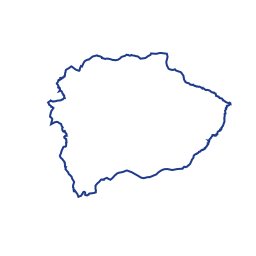 Vurpar, Sibiu, Romania (Mercator projection), rotated 117°
{"feature_id": "2599482B26098957390295", "entity_name": "Vurpar", "entity_type": "district", "adm_level": 2, "iso_a3": "ROU", "parent_name": "Romania", "parent_adm1": "Sibiu", "projection": "mercator", "projection_center": [24.329, 45.907], "detail": "fine", "context": "isolated", "style": "outline", "palette": "blue", "viewbox_px": 256, "rotation_deg": 117, "n_neighbors": 0, "source": "geoboundaries", "source_scale": "gbopen_adm2", "svg_char_len": 5730}
<svg xmlns="http://www.w3.org/2000/svg" viewBox="0 0 256 256"><g transform="rotate(117 128 128)"><path d="M159.6,198.3L156.4,196.1L154.8,194.2L154.6,193.1L154.9,191.1L154.8,189.5L156.5,187.8L157.2,186.4L158.1,186.5L159.5,185.7L160.3,184.6L160.6,183.9L160.5,183.7L159.5,183.4L159.3,183.1L159.8,182.4L160.6,181.8L160.7,181.2L161.3,180.0L162.3,179.4L162.9,179.9L163.0,179.5L163.3,179.9L164.9,180.8L165.5,180.4L165.9,179.1L165.8,178.5L165.9,178.0L166.8,177.7L167.4,176.9L169.2,176.5L169.2,176.2L169.7,176.3L170.4,175.7L172.3,175.0L173.1,175.3L173.5,176.3L174.2,176.9L175.2,177.0L175.8,176.8L176.6,176.9L179.9,176.6L180.5,176.3L182.0,176.2L183.8,176.1L184.6,175.1L185.1,174.3L185.5,172.4L186.3,171.0L186.8,169.6L187.3,169.2L187.3,168.8L187.7,168.5L188.6,168.2L188.8,167.6L190.9,166.7L190.9,166.1L191.2,166.3L191.7,165.8L191.7,165.4L193.1,165.0L194.8,160.9L195.7,160.2L196.1,159.5L196.2,158.1L196.6,157.6L196.8,156.4L198.6,154.6L200.3,151.8L200.7,151.4L204.0,150.9L205.4,150.3L205.7,150.1L206.1,149.3L207.2,148.9L207.6,148.0L207.9,148.1L208.6,147.9L209.0,147.5L209.0,147.2L208.8,146.9L208.0,146.7L209.7,143.4L210.9,141.9L211.8,141.0L209.7,139.0L207.8,138.9L207.6,138.6L207.2,138.5L206.4,138.8L205.7,138.8L205.0,138.5L204.8,138.2L204.7,137.6L204.9,137.0L206.0,136.2L206.6,136.1L207.1,135.7L206.8,134.2L206.5,133.7L205.6,133.3L205.3,132.8L204.3,132.9L203.9,132.6L203.3,131.9L203.1,131.2L202.1,129.9L201.1,128.5L200.0,127.5L199.5,127.9L198.9,127.9L197.9,128.4L197.7,128.8L196.5,129.6L194.0,130.8L191.1,130.1L189.3,129.3L186.1,128.5L185.6,127.7L185.7,127.2L185.2,126.7L185.1,126.0L184.5,126.1L184.1,125.9L182.0,124.2L182.2,122.6L182.1,120.2L179.6,119.1L175.8,118.1L174.8,117.5L173.9,117.4L172.0,115.8L169.6,112.7L166.7,110.1L166.3,109.6L165.9,105.9L165.7,105.1L166.0,97.4L166.3,94.2L166.0,92.6L165.6,91.3L163.1,88.4L162.4,87.4L162.0,86.4L156.5,81.7L153.7,80.8L151.2,79.4L149.5,78.2L147.9,76.5L146.6,74.0L145.3,69.4L142.3,65.6L140.1,62.0L139.6,61.0L139.3,60.8L138.2,60.8L137.1,60.4L136.8,59.9L136.9,59.1L135.3,57.6L134.4,57.6L133.8,57.0L133.1,56.9L132.1,56.4L127.9,56.5L127.6,56.7L124.7,56.2L123.2,56.8L122.0,56.7L120.5,55.8L120.3,55.4L120.0,55.1L119.7,55.2L119.1,54.9L118.4,54.2L117.1,54.0L116.9,53.6L116.3,53.2L116.2,53.0L115.6,53.0L114.3,52.4L114.3,52.2L113.7,52.0L113.6,51.4L113.2,51.3L113.2,51.1L111.9,50.2L111.3,50.5L111.0,50.1L110.7,50.4L109.5,49.8L109.1,49.8L108.7,49.5L107.7,49.6L106.6,49.3L106.3,49.6L105.7,49.3L105.3,49.9L105.0,49.5L103.9,49.6L103.6,49.9L103.3,49.6L103.0,49.6L102.8,49.7L102.6,50.6L102.4,50.1L102.1,49.9L101.2,50.2L100.3,50.0L99.8,49.7L97.4,49.5L96.8,49.2L95.9,49.5L95.3,48.4L95.5,48.0L95.1,47.5L95.4,46.9L94.4,46.5L94.4,46.2L93.6,46.4L93.4,45.8L93.1,45.5L92.0,46.1L90.6,46.3L89.5,45.7L88.3,44.5L88.0,44.5L88.0,44.9L87.6,45.2L87.3,44.5L86.6,44.3L85.6,44.9L85.0,44.5L84.0,44.7L83.4,44.4L83.1,44.5L80.8,44.6L80.0,44.9L79.2,44.8L78.0,45.2L76.6,46.1L76.1,46.1L75.2,46.9L74.6,46.9L73.2,47.3L72.6,47.8L71.5,48.3L70.9,47.7L68.4,49.4L66.7,49.1L66.4,49.6L65.6,49.4L65.3,49.8L64.8,49.4L64.5,49.4L63.4,50.0L62.7,49.4L62.4,48.7L61.3,48.1L60.6,48.1L60.2,48.3L60.1,47.6L59.4,48.1L59.3,48.7L60.2,48.9L59.8,49.3L60.2,49.6L60.4,51.8L60.4,52.5L60.5,53.0L60.2,53.7L60.1,55.0L60.3,55.7L59.8,56.1L59.8,56.7L59.4,57.0L59.1,57.6L59.3,58.6L59.8,60.0L59.5,60.3L59.2,60.5L59.2,61.2L58.9,61.7L59.3,62.5L59.1,63.3L59.4,64.1L58.3,64.8L58.2,65.2L57.6,65.6L57.7,66.1L57.6,66.5L57.7,66.8L57.4,67.4L57.8,67.8L57.7,68.3L58.1,69.1L58.0,69.4L58.0,70.8L57.8,71.2L57.6,72.1L57.7,73.3L58.0,74.6L58.7,75.6L58.8,76.4L58.4,78.5L58.9,79.2L58.5,79.6L59.0,79.8L58.8,80.2L58.7,83.1L59.4,84.1L59.4,85.0L60.0,85.7L59.9,86.3L60.0,86.7L59.8,87.0L60.3,87.9L59.8,89.7L60.6,90.3L60.7,91.4L61.1,92.3L60.5,94.0L61.0,96.1L61.0,97.7L60.4,98.1L60.2,99.0L58.8,100.6L58.1,100.8L57.2,101.8L56.2,102.3L55.7,103.5L54.9,104.8L54.3,106.4L54.3,107.0L54.7,108.6L55.0,111.6L54.4,112.7L54.7,113.2L55.6,113.9L56.1,114.7L56.1,115.1L56.6,116.4L56.8,118.1L56.6,119.0L54.7,121.6L52.7,123.3L51.7,123.9L47.1,124.9L46.4,125.2L44.2,127.1L46.1,132.5L47.0,134.1L49.1,136.5L51.1,141.3L52.7,141.2L55.5,143.2L56.0,143.3L57.8,144.3L60.6,148.4L59.9,150.8L59.8,152.0L60.4,153.5L60.5,154.6L61.5,157.7L61.4,158.2L62.6,158.9L62.9,159.9L62.8,160.9L63.1,161.2L63.2,162.2L63.3,162.5L65.2,163.5L67.2,165.7L68.1,166.2L69.9,166.8L71.7,167.9L73.4,170.0L73.5,170.7L74.3,172.5L74.8,175.6L75.3,177.3L75.7,178.0L75.9,178.7L76.7,179.4L77.1,181.2L77.1,181.7L77.3,182.0L77.2,182.4L77.5,183.0L76.8,183.5L76.9,185.8L77.5,187.7L77.3,188.5L80.4,192.0L84.7,193.9L85.0,194.5L85.3,194.6L85.7,195.2L87.6,196.7L89.6,197.1L94.1,196.9L94.1,198.0L96.7,197.9L98.7,197.3L99.3,197.6L99.7,201.3L98.7,206.3L99.0,206.6L101.0,207.5L104.2,209.6L105.3,209.6L106.4,209.0L107.0,209.1L110.1,208.0L110.6,208.3L110.9,208.0L111.1,208.2L111.8,208.3L112.9,208.8L112.7,209.3L114.1,210.3L114.1,210.9L114.2,211.0L114.8,210.3L116.0,211.1L116.2,210.9L116.3,211.0L116.2,211.2L116.7,211.7L117.0,211.6L116.6,210.9L117.8,211.6L118.9,211.4L120.7,211.7L120.9,211.5L121.1,210.6L122.3,208.8L122.6,208.6L123.4,208.8L123.7,208.5L123.7,208.1L123.2,207.8L123.2,207.2L123.5,206.7L124.6,206.3L124.1,206.2L124.5,206.1L125.0,205.7L126.5,205.9L126.4,205.8L126.1,205.6L125.3,205.6L125.2,205.5L125.5,205.2L125.3,204.9L125.5,203.7L126.1,202.8L126.6,202.5L126.9,202.1L127.3,201.1L127.9,200.7L127.8,200.0L128.3,199.4L128.8,199.3L130.1,198.0L130.4,198.7L132.0,199.0L132.6,199.7L133.4,200.1L134.2,200.9L135.7,203.4L136.9,204.5L137.1,205.0L137.7,205.6L137.9,206.3L138.5,206.7L138.6,207.1L138.6,209.2L139.0,209.1L139.1,209.4L139.6,209.8L141.5,210.8L142.5,209.4L143.1,208.8L143.1,208.1L143.5,206.3L144.0,206.1L143.7,204.9L144.0,203.5L147.8,204.0L151.6,203.2L153.3,202.6L153.6,201.9L153.5,201.1L154.4,199.5L159.6,198.3Z" fill="none" stroke="#1e3a8a" stroke-width="2"/></g></svg>